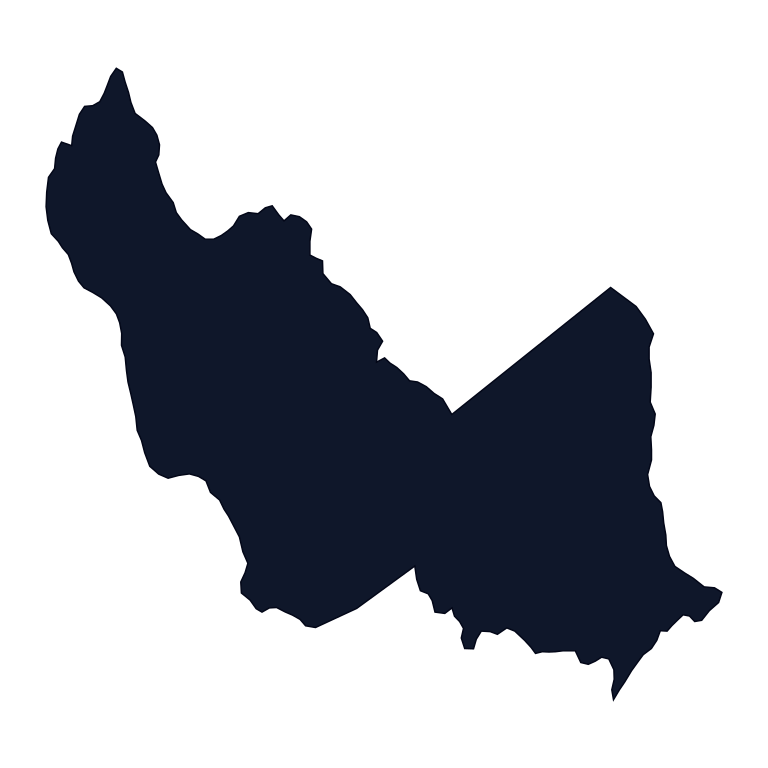 the district of Rio Fortuna, Santa Catarina, Brazil
{"feature_id": "56859067B10266050970053", "entity_name": "Rio Fortuna", "entity_type": "district", "adm_level": 2, "iso_a3": "BRA", "parent_name": "Brazil", "parent_adm1": "Santa Catarina", "projection": "equal_earth", "projection_center": [-49.197, -28.079], "detail": "fine", "context": "isolated", "style": "filled", "palette": "ink", "viewbox_px": 768, "rotation_deg": 0, "n_neighbors": 0, "source": "geoboundaries", "source_scale": "gbopen_adm2", "svg_char_len": 2705}
<svg xmlns="http://www.w3.org/2000/svg" viewBox="0 0 768 768"><path d="M721.9,592.4L714.5,587.8L704.1,586.9L693.4,578.4L684.5,572.9L674.9,566.4L669.5,556.4L666.4,545.6L665.8,535.0L663.7,522.9L662.6,511.7L660.9,502.7L654.2,495.9L649.5,486.4L647.6,474.5L651.5,459.9L651.5,449.8L650.8,436.7L653.9,425.3L655.2,414.0L650.2,402.1L651.1,387.2L651.1,372.6L649.1,359.0L649.1,347.1L653.5,333.8L645.4,319.2L636.1,306.5L610.6,287.5L451.8,414.5L442.6,398.9L434.0,393.4L426.3,386.7L417.6,382.0L409.5,380.8L403.7,373.9L396.8,367.5L390.0,363.1L384.6,357.9L376.5,362.2L377.5,350.1L382.6,341.2L376.7,332.5L370.2,328.3L367.8,317.8L362.5,309.7L356.7,302.9L350.2,294.6L340.3,286.9L331.4,283.7L322.9,273.6L322.5,260.9L316.0,258.2L309.9,255.0L309.9,241.3L311.6,229.1L306.6,221.8L299.4,216.7L290.8,214.9L284.0,220.9L278.8,214.9L272.2,205.8L265.3,207.8L258.1,213.7L248.3,212.6L239.4,216.3L233.5,225.9L227.8,230.9L221.3,235.5L213.7,239.2L205.2,239.2L198.1,234.1L190.4,229.6L181.7,220.0L176.3,212.6L173.2,202.6L166.0,192.7L162.0,184.0L158.6,172.7L155.5,162.0L158.8,154.9L159.5,144.8L156.9,135.2L152.5,127.6L145.3,121.2L135.1,113.4L130.9,102.4L128.5,92.4L125.1,82.0L122.4,72.0L116.3,68.3L110.7,76.4L107.4,85.1L104.2,93.3L99.8,101.7L92.7,105.7L84.6,106.4L79.4,114.3L75.9,125.6L72.6,136.1L71.7,145.7L61.5,142.1L57.9,148.9L55.6,158.1L54.6,168.6L48.5,177.3L46.7,192.2L46.1,206.7L47.8,220.4L51.3,233.7L58.3,241.3L62.4,247.7L68.3,254.5L71.6,263.3L74.0,271.9L78.5,281.1L84.0,287.8L92.7,292.4L101.6,297.8L110.5,305.9L116.4,313.9L119.7,322.8L121.7,333.4L121.5,345.3L125.2,357.0L126.5,370.7L128.0,382.0L130.8,393.6L133.4,405.3L135.8,416.6L137.2,430.3L141.5,440.4L144.7,452.7L149.8,466.3L158.7,474.1L168.1,478.2L178.7,475.4L189.4,473.9L198.5,476.4L206.0,480.9L210.5,492.4L219.6,500.0L224.0,509.1L228.5,516.0L234.4,527.3L239.4,536.9L242.9,551.8L247.9,563.3L245.1,572.7L240.8,582.0L241.4,593.0L250.1,600.1L256.2,608.7L262.0,612.1L269.4,607.9L276.6,607.5L285.1,611.9L292.5,615.1L300.1,619.4L305.6,625.8L315.5,627.5L356.7,608.4L414.8,566.0L416.7,579.3L420.4,590.7L428.2,593.8L432.2,600.6L435.0,612.1L444.8,613.4L452.0,607.9L454.5,616.2L459.6,621.5L463.5,628.4L461.3,638.0L464.7,648.5L473.5,648.8L476.3,639.2L481.3,631.1L490.2,631.6L497.4,634.3L506.8,627.9L514.8,631.1L524.6,640.3L531.1,647.4L535.5,653.4L542.3,651.7L548.9,652.0L555.5,651.7L562.8,650.8L575.3,650.8L580.8,662.5L588.3,664.3L595.2,661.2L601.6,657.2L608.8,658.9L613.9,669.7L614.2,679.3L611.8,689.8L613.5,699.7L619.4,689.8L624.7,682.0L631.6,670.6L638.1,661.6L643.2,654.7L651.4,648.5L656.8,640.3L660.3,630.7L667.1,631.1L671.9,625.6L677.3,620.3L683.1,614.8L689.5,616.0L694.7,621.5L701.7,620.3L709.3,610.7L718.6,602.5L721.9,592.4Z" fill="#0f172a" stroke="#020617" stroke-width="1.5"/></svg>